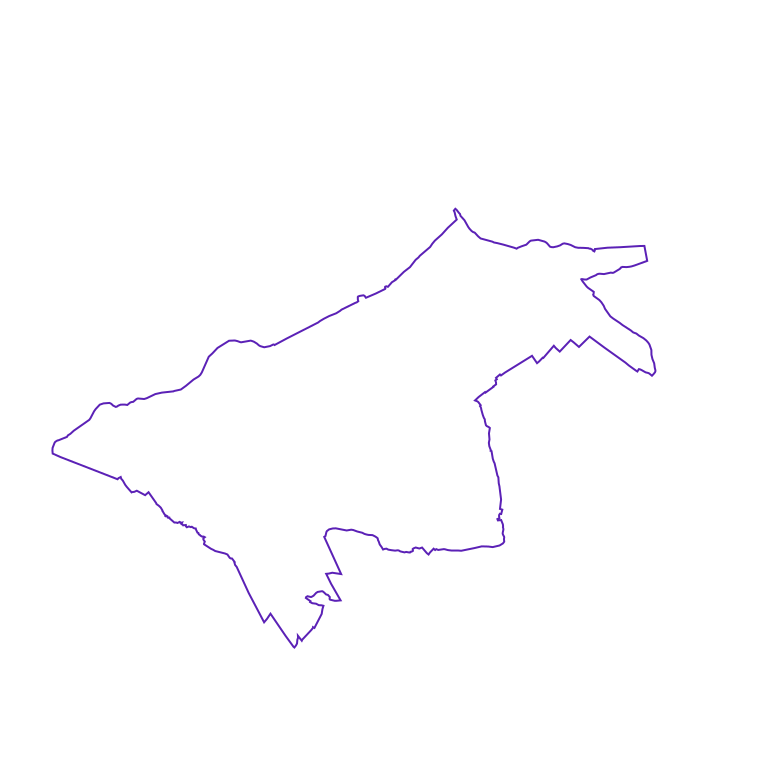 Vulturesti, Suceava, Romania, rotated 134°
{"feature_id": "2599482B79576110645349", "entity_name": "Vulturesti", "entity_type": "district", "adm_level": 2, "iso_a3": "ROU", "parent_name": "Romania", "parent_adm1": "Suceava", "projection": "mercator", "projection_center": [26.409, 47.519], "detail": "fine", "context": "isolated", "style": "outline", "palette": "violet", "viewbox_px": 768, "rotation_deg": 134, "n_neighbors": 0, "source": "geoboundaries", "source_scale": "gbopen_adm2", "svg_char_len": 6166}
<svg xmlns="http://www.w3.org/2000/svg" viewBox="0 0 768 768"><g transform="rotate(134 384 384)"><path d="M642.2,575.3L650.7,579.1L651.5,579.7L653.9,580.3L655.2,580.1L660.2,578.0L662.2,576.3L664.2,574.0L661.3,566.0L637.6,509.5L636.2,509.6L633.8,508.8L634.7,507.2L634.9,504.8L636.3,500.1L636.7,497.5L637.3,490.3L636.9,490.2L635.0,488.7L632.5,487.7L629.9,478.6L625.4,478.2L627.9,465.3L628.4,464.2L628.0,461.4L628.0,458.7L628.8,455.7L629.2,455.4L629.2,454.9L629.4,454.4L630.2,451.4L630.2,450.4L630.9,449.7L630.8,449.2L629.8,448.9L629.6,447.7L630.3,447.0L630.2,446.4L629.2,445.6L629.6,444.9L629.3,438.6L628.0,437.2L627.4,436.0L625.1,435.2L625.0,434.8L625.3,434.0L623.9,433.0L625.2,432.6L625.5,432.3L625.0,431.1L625.2,430.3L623.1,428.6L624.0,427.5L624.0,426.3L622.0,425.4L621.1,423.5L620.2,423.1L619.8,420.7L619.3,419.7L618.7,419.1L619.4,417.9L620.3,415.5L620.5,414.9L620.1,414.1L620.8,412.8L620.5,411.6L620.6,410.7L620.1,408.8L619.0,407.7L618.7,406.5L620.2,406.7L621.0,406.4L621.6,405.1L621.8,403.5L624.1,402.4L624.3,402.1L622.7,393.9L621.9,391.6L621.4,389.4L616.4,380.7L615.4,378.2L616.2,374.3L616.0,373.2L615.1,372.1L615.8,367.9L616.1,368.0L617.6,365.4L617.9,362.9L628.3,336.2L638.7,304.7L634.3,305.0L628.1,306.1L633.5,280.1L635.9,266.5L635.8,265.4L633.2,265.7L631.1,266.3L628.1,268.7L626.2,269.6L624.9,271.0L625.8,264.8L624.6,265.2L611.5,265.4L608.5,265.7L608.2,266.0L607.8,264.6L592.7,269.1L588.7,271.9L585.6,273.5L586.6,275.2L588.4,277.3L589.2,280.2L591.5,283.3L592.2,285.7L591.3,286.0L592.2,291.6L591.3,292.0L589.8,291.6L588.2,288.9L587.6,288.3L585.2,287.6L581.5,287.7L579.7,287.3L576.3,284.8L575.8,284.2L575.6,282.6L575.6,279.4L574.7,277.9L574.9,275.0L576.3,273.9L576.6,273.4L576.5,272.8L574.2,268.9L573.2,267.8L569.8,264.9L564.5,283.2L560.7,293.7L558.7,292.0L555.7,290.1L550.5,282.8L535.5,320.8L534.0,320.5L530.5,322.6L529.5,322.9L526.7,322.5L523.5,320.5L521.3,318.4L515.3,309.1L511.6,306.4L510.4,304.7L508.7,300.8L506.1,296.3L505.4,293.9L504.4,292.0L503.4,290.4L500.7,287.3L499.9,284.8L499.5,282.9L499.4,281.4L500.5,279.8L501.0,278.3L502.4,275.6L502.9,272.7L503.7,269.7L502.2,269.0L500.7,267.8L500.2,265.9L498.3,263.1L496.1,260.2L494.3,258.8L493.5,257.8L493.1,256.0L490.9,252.3L489.4,251.4L487.6,248.7L487.0,248.2L486.3,248.4L485.5,247.7L483.9,247.3L482.8,248.7L481.8,248.6L479.6,247.6L477.8,244.3L475.2,243.0L475.9,235.7L475.7,233.5L473.3,233.9L468.0,233.9L467.9,231.9L466.5,231.7L465.7,229.7L461.4,226.4L460.7,225.6L459.1,222.7L457.0,219.9L452.3,215.0L450.3,212.6L439.1,204.9L432.9,200.9L428.5,196.1L425.8,192.5L419.9,188.7L416.0,187.7L413.9,188.0L412.2,190.0L410.8,191.0L410.4,191.6L409.9,193.2L409.3,194.6L408.2,195.5L405.9,196.9L405.0,197.9L404.3,199.1L403.6,199.5L402.4,201.0L400.5,205.2L403.0,207.3L402.4,208.6L400.3,207.8L399.2,209.4L398.2,210.2L396.8,210.5L396.1,209.4L392.2,211.6L393.3,213.8L385.8,219.5L377.4,229.9L375.7,232.5L371.7,236.9L371.1,238.8L364.2,249.4L363.6,251.1L362.2,253.8L357.6,260.0L358.0,260.9L357.4,261.2L355.6,265.0L353.5,267.7L350.6,269.6L346.6,274.2L342.1,277.3L342.2,278.7L342.9,280.9L342.8,282.1L340.7,285.5L339.4,287.0L339.0,288.6L337.6,291.5L334.9,296.1L334.0,297.3L333.4,298.5L333.2,299.6L332.1,299.7L331.5,303.6L331.6,304.7L332.6,307.1L327.7,306.9L319.6,305.7L319.7,305.0L310.0,303.3L309.9,303.7L306.4,303.1L305.0,304.6L304.1,306.4L302.2,306.1L301.8,307.7L296.6,307.2L296.6,305.8L291.7,304.9L260.9,297.1L262.7,288.4L260.1,288.1L254.8,288.1L254.6,287.5L238.5,288.4L238.8,285.4L238.6,280.1L222.7,280.3L222.3,276.6L221.9,269.5L207.1,269.1L204.7,250.7L200.9,225.2L200.6,220.8L199.3,211.8L199.0,210.4L196.3,211.0L195.7,210.2L195.1,208.6L193.9,203.9L192.6,201.7L192.2,200.6L191.9,197.0L189.7,197.0L187.3,197.2L186.2,197.7L185.6,198.3L184.3,200.4L181.4,204.1L179.6,208.2L177.2,211.9L173.8,215.3L171.2,220.5L170.7,222.7L170.5,225.6L170.8,229.2L172.1,234.3L172.4,237.5L173.8,240.6L174.0,243.6L175.9,253.3L176.3,256.9L177.7,264.6L178.1,268.2L176.4,277.2L175.1,280.3L174.2,284.4L174.0,287.4L175.0,294.3L174.4,295.6L173.8,295.7L172.0,297.1L173.1,304.1L173.1,306.0L172.2,312.5L171.6,314.8L171.1,314.6L169.5,312.3L168.1,310.8L164.0,309.5L158.4,307.1L157.4,307.0L156.0,306.4L154.8,305.4L152.1,302.1L146.3,298.2L145.4,296.9L144.5,296.2L137.3,294.3L135.7,294.5L135.4,294.2L134.3,294.0L131.5,290.8L129.1,288.8L127.4,287.6L124.7,286.1L112.6,280.2L103.8,292.6L106.8,295.6L121.4,309.0L130.7,317.9L140.4,326.0L141.4,325.2L142.5,324.8L142.9,326.2L142.6,326.8L142.7,327.4L143.2,329.4L144.0,330.3L144.3,331.3L147.9,335.5L151.1,338.9L152.8,341.5L154.3,346.3L155.7,349.1L157.6,352.0L159.0,352.9L161.9,353.6L164.7,355.0L168.1,357.3L169.3,358.8L169.9,360.0L169.5,364.3L169.6,365.8L170.0,367.4L173.2,373.3L178.8,377.9L180.2,378.3L184.9,378.4L189.6,380.8L193.2,382.4L194.5,382.6L195.7,385.3L200.8,394.9L203.9,400.3L205.8,403.2L206.3,404.9L212.2,415.6L212.4,418.8L212.1,423.7L212.2,424.2L212.8,425.4L213.1,427.3L212.9,430.5L212.5,432.6L210.3,439.9L209.9,445.8L208.9,447.5L208.9,448.6L208.3,452.8L208.4,454.4L210.8,454.2L211.4,452.5L213.5,449.3L215.2,445.9L227.2,446.6L236.2,446.3L245.5,447.0L249.5,446.7L253.4,446.0L266.9,447.3L269.0,447.1L272.7,447.5L281.9,446.5L289.4,447.6L300.2,447.9L300.4,448.3L301.0,448.5L301.3,448.0L305.3,449.0L311.4,448.7L312.1,450.2L313.1,450.7L313.6,450.6L314.4,449.3L314.8,449.2L324.5,452.7L334.5,456.9L334.1,459.2L334.5,460.4L337.4,462.6L339.0,463.4L339.6,463.3L341.4,461.5L342.3,460.0L344.1,460.3L345.8,461.1L360.0,466.2L361.9,466.4L366.3,467.5L373.1,470.6L378.9,472.6L383.3,473.8L385.5,474.1L418.9,485.6L432.0,489.8L432.0,490.4L432.5,491.1L435.9,492.3L440.8,495.7L442.7,499.3L443.1,500.9L443.2,503.5L444.0,507.1L445.1,509.5L445.5,510.1L453.2,515.7L453.7,516.4L455.0,519.3L456.3,521.5L460.5,525.5L473.7,528.8L481.2,528.7L486.1,529.0L502.2,523.1L505.0,522.5L507.4,522.6L513.1,524.1L522.9,525.2L529.1,526.3L534.8,530.1L535.5,530.3L544.5,537.8L550.1,541.5L559.0,544.8L561.4,546.1L565.3,550.9L566.6,551.6L571.0,552.0L572.6,553.2L573.7,553.7L577.4,554.1L578.9,556.2L581.8,559.1L584.1,560.1L585.7,560.4L586.8,561.0L587.7,563.9L587.7,566.4L588.3,568.3L592.8,572.3L596.3,574.1L602.3,574.0L605.0,573.6L612.5,571.4L614.5,571.1L633.1,574.7L637.7,575.0L640.6,575.7L642.2,575.3Z" fill="none" stroke="#5b21b6" stroke-width="2"/></g></svg>